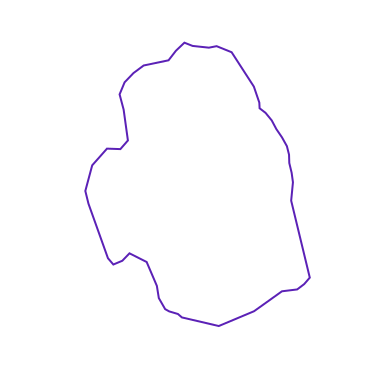 an SVG outline of Imo, rotated 332°
{"feature_id": "NGA-2843", "entity_name": "Imo", "entity_type": "State", "adm_level": 1, "iso_a3": "NGA", "parent_name": "Nigeria", "parent_adm1": "", "projection": "equal_earth", "projection_center": [7.056, 5.554], "detail": "fine", "context": "isolated", "style": "outline", "palette": "violet", "viewbox_px": 384, "rotation_deg": 332, "n_neighbors": 0, "source": "natural_earth", "source_scale": "10m", "svg_char_len": 736}
<svg xmlns="http://www.w3.org/2000/svg" viewBox="0 0 384 384"><g transform="rotate(332 192 192)"><path d="M98.2,220.0L88.5,219.1L86.7,211.0L95.1,153.7L98.3,141.0L116.4,121.6L137.3,113.8L148.9,120.5L159.6,116.4L170.3,87.2L173.9,71.8L184.0,63.5L196.2,59.5L208.7,57.6L233.1,64.7L244.2,59.7L255.4,56.6L261.1,63.3L274.7,72.5L282.2,74.8L292.6,87.2L296.1,128.0L293.4,144.7L291.0,149.8L294.1,156.7L296.0,166.2L296.0,176.1L297.1,186.0L297.3,196.1L295.2,204.6L291.5,212.1L289.0,221.8L285.7,230.8L275.5,246.2L255.8,322.9L247.8,326.0L239.1,327.4L224.8,321.9L190.8,326.4L152.7,322.9L124.2,298.0L122.3,293.1L115.8,286.7L113.3,282.8L112.9,270.1L116.9,258.4L119.1,232.5L108.0,216.8L98.2,220.0Z" fill="none" stroke="#5b21b6" stroke-width="2"/></g></svg>